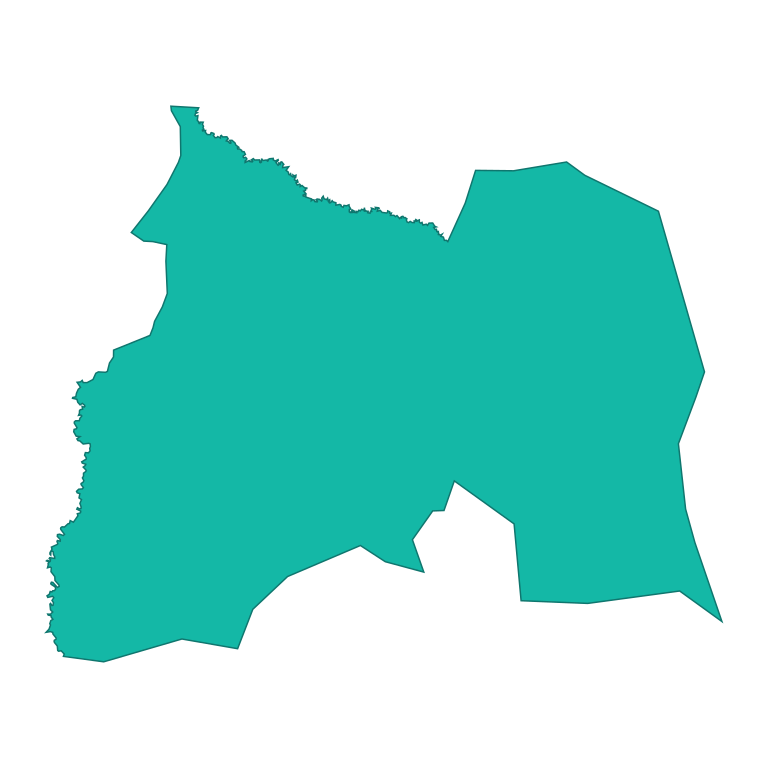 outline of Xongor, Darhan-Uul, Mongolia
{"feature_id": "93677404B92664087509678", "entity_name": "Xongor", "entity_type": "district", "adm_level": 2, "iso_a3": "MNG", "parent_name": "Mongolia", "parent_adm1": "Darhan-Uul", "projection": "orthographic", "projection_center": [106.116, 49.386], "detail": "fine", "context": "isolated", "style": "filled", "palette": "teal", "viewbox_px": 768, "rotation_deg": 0, "n_neighbors": 0, "source": "geoboundaries", "source_scale": "gbopen_adm2", "svg_char_len": 5948}
<svg xmlns="http://www.w3.org/2000/svg" viewBox="0 0 768 768"><path d="M423.8,572.1L412.4,539.7L432.7,510.9L444.0,510.5L454.3,480.9L514.1,523.9L521.1,600.7L587.7,603.4L679.7,591.0L721.9,621.5L694.9,542.6L685.6,509.1L678.4,443.7L695.9,397.1L704.5,371.9L658.4,211.2L584.8,175.3L566.6,162.0L513.6,170.8L475.6,170.4L465.2,203.2L447.8,241.6L446.4,240.3L444.4,240.4L443.4,237.1L440.8,236.4L442.1,234.2L440.7,235.0L438.4,234.5L438.8,233.2L438.1,232.4L438.3,231.5L436.8,231.5L436.4,229.3L435.1,229.5L433.7,227.4L436.2,226.9L434.7,226.2L432.7,223.0L429.0,223.1L427.5,225.4L426.3,224.2L422.9,225.0L422.0,222.4L420.8,223.2L419.4,222.2L419.3,219.9L417.4,220.7L415.8,219.5L415.4,220.2L416.1,221.2L414.1,221.0L414.3,222.6L412.2,222.6L410.2,221.4L408.6,222.6L407.1,222.0L406.3,219.9L406.9,218.8L405.0,217.5L404.0,217.8L402.9,216.3L401.4,216.7L401.5,218.0L400.4,217.6L399.6,218.6L397.0,215.6L395.4,216.6L393.9,215.3L390.5,215.4L391.4,213.1L389.6,213.4L389.7,211.8L387.7,210.9L387.5,212.5L386.6,213.0L382.0,212.4L380.3,210.4L377.3,211.2L377.9,208.7L379.1,208.6L378.8,207.8L375.4,207.4L375.9,208.5L375.2,209.3L371.4,208.1L371.8,209.5L371.0,210.3L371.7,211.5L370.3,211.8L370.0,213.2L367.7,212.7L368.2,211.3L365.1,211.1L365.7,210.6L364.6,209.8L364.5,207.7L363.8,210.1L361.6,209.3L360.3,210.9L358.9,210.2L358.0,211.7L356.5,211.4L356.7,212.7L353.9,212.4L354.7,211.3L352.3,210.0L351.3,211.3L352.4,211.7L352.4,212.5L350.2,212.6L349.3,211.9L349.3,209.5L350.8,209.1L349.1,206.2L349.0,204.8L346.4,205.8L344.0,205.4L343.2,207.3L341.2,206.3L341.1,205.2L339.8,204.4L335.9,205.2L335.9,202.7L333.1,201.9L332.2,200.7L330.7,202.6L329.4,202.9L328.8,201.9L329.9,200.9L329.7,199.7L328.2,200.8L327.6,198.2L326.6,199.6L324.1,198.8L323.2,196.2L321.7,198.2L322.1,200.0L321.6,201.0L319.6,199.4L317.1,199.0L316.0,199.8L317.5,201.0L317.1,201.9L314.8,201.6L314.2,200.0L312.6,199.7L311.3,200.7L311.5,198.9L305.9,197.1L305.8,195.4L304.3,196.4L303.1,195.9L303.1,195.0L306.0,193.8L303.7,191.1L305.5,190.4L305.5,188.8L306.8,188.6L306.8,188.0L304.7,187.8L302.0,185.5L300.2,186.5L300.3,184.9L299.6,184.1L297.2,185.0L296.0,182.8L298.0,182.1L297.3,180.1L296.3,181.0L294.4,179.7L294.8,178.8L294.4,177.4L295.7,177.5L296.0,175.2L294.2,175.8L293.0,175.0L293.3,176.5L292.8,176.9L291.1,175.8L290.6,173.8L289.7,174.8L288.8,174.5L288.3,172.1L286.1,170.4L288.7,166.7L282.6,167.6L282.9,165.3L283.8,164.4L281.8,161.9L280.9,162.0L280.2,164.2L278.5,162.3L279.1,164.5L278.1,165.3L276.0,162.6L278.3,160.3L278.1,159.6L275.2,161.0L273.2,159.8L273.2,158.4L269.8,158.7L268.0,159.5L268.2,160.7L267.5,161.1L266.3,160.0L262.9,160.5L261.5,158.6L261.8,160.0L261.1,160.8L261.4,162.1L260.6,162.7L259.8,162.4L259.5,159.9L254.7,160.0L253.3,158.6L251.2,160.0L252.5,160.5L252.7,161.4L252.2,161.9L249.8,161.5L249.1,160.6L245.1,162.5L245.2,160.8L246.6,159.7L246.8,158.6L245.6,157.3L243.9,157.8L243.2,157.2L243.2,156.0L245.4,154.4L244.1,151.7L242.1,151.6L241.6,150.3L239.4,148.9L237.7,149.0L237.4,147.9L238.7,147.2L235.8,145.0L235.0,142.9L232.0,140.3L229.6,140.4L230.9,142.3L230.7,143.3L229.7,143.2L228.2,141.5L226.3,140.9L228.1,138.6L226.9,136.8L222.6,136.9L221.4,135.4L220.6,135.9L220.4,138.0L217.7,136.6L217.0,137.5L215.1,137.7L213.3,135.5L214.1,134.5L213.9,133.5L211.5,132.6L210.9,132.9L210.5,134.6L207.3,134.6L205.3,132.2L205.6,130.5L202.6,130.9L202.4,130.0L203.9,129.2L203.0,127.7L203.5,126.2L202.4,124.3L203.2,122.2L200.1,122.1L199.9,123.6L199.1,123.5L198.2,121.2L197.3,120.5L197.9,115.6L195.8,116.1L194.9,115.3L195.5,113.5L197.4,112.7L195.7,111.9L195.7,111.0L197.6,110.3L198.7,107.8L170.9,106.2L171.4,110.7L180.3,126.6L180.8,155.5L178.4,162.4L167.0,184.5L148.3,210.9L131.3,232.5L143.8,241.1L152.9,241.6L166.8,244.6L165.9,261.2L167.3,293.5L162.3,307.0L154.6,321.3L153.0,327.8L150.0,335.4L113.6,350.1L113.5,357.0L109.5,363.0L107.4,371.4L105.5,372.3L98.3,371.9L95.8,373.3L93.0,379.5L87.1,382.6L83.2,382.6L82.2,380.4L80.5,381.9L77.1,382.3L80.5,387.3L78.2,389.4L76.5,393.2L75.8,396.8L72.7,397.5L72.5,398.3L76.9,399.3L77.8,402.3L80.1,404.9L82.3,403.4L84.5,405.1L84.9,406.4L84.2,407.1L82.1,406.4L82.6,409.2L80.3,409.7L79.5,410.7L79.4,413.3L78.5,415.4L80.8,415.0L81.8,416.0L79.9,418.3L79.3,420.7L75.5,420.8L74.3,422.0L74.3,423.2L77.0,427.7L76.3,428.8L74.1,429.4L73.7,431.8L76.2,436.2L80.0,436.6L76.9,438.9L78.0,440.6L79.8,440.9L83.2,444.0L88.7,443.3L90.2,443.9L90.4,446.6L89.7,448.4L90.1,450.8L88.5,452.8L85.4,452.6L84.6,455.2L86.3,457.8L86.2,459.1L81.7,461.8L82.3,463.1L85.8,464.3L85.3,465.5L83.2,467.1L86.2,470.3L85.8,471.5L83.5,473.2L83.5,476.2L82.4,477.9L83.9,480.7L83.1,482.2L81.1,483.5L81.1,484.6L83.4,487.6L82.3,488.9L78.7,489.2L76.5,491.3L77.2,492.8L79.9,493.7L79.0,497.9L81.5,499.6L79.9,503.4L81.1,506.9L81.0,508.5L79.6,508.9L77.5,507.7L76.8,509.2L80.7,511.1L80.7,512.1L79.9,513.1L77.3,513.7L77.9,515.8L73.4,522.2L70.2,520.6L69.5,523.5L68.1,523.7L64.5,527.0L62.1,526.8L60.9,527.6L60.6,528.6L60.9,529.6L64.5,534.3L63.2,535.5L59.6,534.2L57.5,534.6L57.3,536.4L60.3,539.6L60.2,541.2L57.4,540.5L57.0,541.4L57.8,543.7L57.4,544.4L51.4,547.1L52.0,549.2L50.0,552.6L49.9,554.1L50.7,555.0L50.9,551.7L51.9,551.0L53.2,551.7L53.5,554.5L54.7,556.7L54.7,558.4L49.7,557.7L49.2,558.6L50.5,559.7L50.2,561.3L47.2,560.3L46.5,560.9L49.1,562.1L48.0,563.8L48.3,564.7L47.5,567.8L50.2,567.0L51.3,567.8L51.0,571.7L54.8,576.6L55.0,580.5L58.9,585.0L59.2,586.4L57.4,587.4L52.8,582.4L51.4,582.2L50.8,583.4L51.1,584.3L55.1,586.9L55.7,589.0L54.5,590.6L52.7,590.8L51.9,591.9L50.2,591.5L49.3,594.3L47.0,595.8L47.8,597.4L52.7,596.3L53.8,597.8L52.0,600.4L53.5,602.7L53.0,605.3L51.9,605.5L50.6,603.4L49.9,604.1L50.5,609.8L52.7,612.0L50.5,614.2L47.7,614.1L48.2,615.1L51.0,615.6L51.2,617.1L52.9,619.3L50.8,620.6L49.8,623.8L50.5,625.0L49.0,629.2L46.1,632.3L50.4,631.6L52.7,632.4L53.0,634.1L56.1,638.0L56.1,639.2L54.3,640.3L54.1,641.3L54.5,642.6L57.3,646.0L57.7,650.5L58.6,651.2L61.2,650.8L64.2,654.0L63.4,656.4L103.7,661.8L181.9,639.0L237.6,648.7L252.8,609.3L287.6,576.5L360.4,545.5L385.3,561.7L423.8,572.1Z" fill="#14b8a6" stroke="#0f766e" stroke-width="1.5"/></svg>